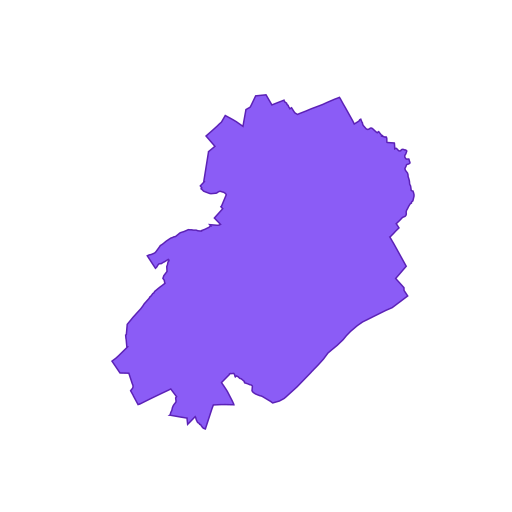 Jaral del Progreso, Guanajuato, Mexico (orthographic projection), rotated 233°
{"feature_id": "50627088B82806712046874", "entity_name": "Jaral del Progreso", "entity_type": "district", "adm_level": 2, "iso_a3": "MEX", "parent_name": "Mexico", "parent_adm1": "Guanajuato", "projection": "orthographic", "projection_center": [-101.046, 20.365], "detail": "fine", "context": "isolated", "style": "filled", "palette": "violet", "viewbox_px": 512, "rotation_deg": 233, "n_neighbors": 0, "source": "geoboundaries", "source_scale": "gbopen_adm2", "svg_char_len": 6071}
<svg xmlns="http://www.w3.org/2000/svg" viewBox="0 0 512 512"><g transform="rotate(233 256 256)"><path d="M379.0,336.1L367.4,323.6L375.1,321.1L378.8,319.6L386.7,316.0L383.7,308.9L383.5,306.0L383.1,303.2L382.4,295.0L381.9,288.3L368.3,289.2L367.9,280.8L367.5,280.5L347.1,259.3L346.5,259.5L345.5,253.7L343.9,253.7L343.1,253.7L342.7,252.6L342.1,252.8L341.5,252.9L340.0,253.1L339.3,253.2L337.6,254.2L334.0,256.5L333.6,256.8L333.1,257.3L332.7,257.8L330.1,262.0L330.0,262.6L329.9,263.1L329.9,264.4L329.8,264.9L329.7,265.4L329.6,265.7L329.1,266.4L328.8,266.7L327.1,267.9L326.4,268.5L325.9,268.7L325.4,268.9L324.7,269.1L324.1,269.2L323.4,269.2L322.8,269.1L317.3,259.7L316.7,258.7L316.5,257.6L313.8,257.9L311.4,245.6L302.6,246.7L302.8,245.6L303.1,244.7L303.8,243.6L308.9,237.9L307.1,238.0L307.4,237.5L307.3,236.2L307.2,235.8L307.2,235.3L307.4,234.8L307.5,234.3L307.8,232.8L307.9,232.1L308.2,230.8L309.1,227.8L308.7,227.5L309.7,226.3L311.1,224.8L312.0,224.2L312.5,223.9L312.8,223.6L313.2,223.1L313.9,222.1L314.5,221.4L315.6,220.4L316.0,219.9L316.6,219.1L317.7,217.9L317.8,217.7L318.2,215.9L318.9,213.1L320.0,210.0L320.2,209.1L320.2,208.5L320.1,207.0L320.0,203.4L320.7,202.0L320.8,201.7L321.0,200.4L321.6,198.7L321.6,198.2L321.7,197.1L321.9,193.2L321.7,188.3L321.9,186.1L321.9,185.7L321.6,185.1L319.7,178.9L319.5,178.0L319.4,177.1L319.5,176.3L320.3,173.1L321.1,171.5L321.2,171.2L321.6,169.3L313.1,168.7L306.7,168.3L306.9,170.0L307.9,172.5L308.1,173.9L306.9,175.8L306.7,178.6L306.5,178.9L306.1,183.9L305.1,184.0L304.5,183.5L304.5,182.7L303.5,181.3L302.5,180.3L301.3,178.4L297.2,175.6L295.8,170.6L294.2,168.2L291.6,168.1L290.5,167.4L289.0,166.9L288.9,161.9L289.0,161.7L288.9,157.9L288.8,156.6L288.7,153.9L288.2,152.6L288.0,152.3L288.1,151.0L287.4,148.7L287.1,147.3L287.2,146.5L286.5,145.2L286.1,143.0L285.1,138.0L284.2,135.6L283.2,132.2L282.2,126.8L282.2,126.7L282.0,125.7L281.6,123.8L281.1,121.1L278.9,112.0L272.1,105.9L271.3,105.2L271.3,104.3L268.2,102.4L267.5,102.1L264.3,100.1L261.4,98.3L260.7,98.8L259.0,85.9L258.7,82.6L258.7,77.7L244.4,77.0L239.9,82.7L239.0,83.8L238.9,83.9L236.0,82.9L229.0,80.5L228.0,80.2L227.7,80.2L226.9,79.9L226.1,79.5L225.7,79.2L225.2,78.7L224.8,78.1L224.6,77.6L223.9,74.8L223.3,74.7L218.9,74.1L218.2,73.9L208.3,72.4L208.0,73.5L207.9,74.0L207.7,74.0L206.7,79.5L205.1,88.0L204.6,90.5L202.7,99.9L201.5,105.6L201.1,107.9L191.4,107.9L191.2,106.8L191.0,106.4L190.5,106.1L188.4,104.9L187.9,104.5L187.5,104.0L186.7,101.0L186.2,99.7L185.2,98.0L183.4,95.9L182.4,93.9L180.8,91.8L180.8,91.3L180.4,91.8L179.9,92.2L172.5,99.1L168.0,103.4L167.2,102.8L162.7,100.1L163.1,103.0L164.3,110.7L163.8,110.6L163.5,110.7L161.8,110.0L161.2,109.8L160.7,109.7L160.3,109.5L159.6,109.5L159.0,109.3L158.0,109.3L157.6,109.4L157.0,109.7L156.3,109.9L155.9,109.9L155.7,109.7L155.4,109.7L154.8,110.1L154.4,110.2L154.2,110.3L153.3,110.1L152.3,110.2L151.9,110.1L151.4,110.1L151.0,110.2L150.0,110.3L149.7,110.6L149.5,110.9L149.2,111.0L148.5,111.2L148.3,111.4L160.6,129.0L162.7,132.3L158.9,137.9L155.8,142.1L150.5,148.8L150.9,149.0L154.4,149.8L164.4,151.5L166.0,151.7L167.2,151.8L172.1,152.1L175.6,152.2L175.7,152.3L177.4,163.7L177.8,163.9L177.6,164.8L176.6,165.9L176.1,166.9L175.6,167.6L174.5,167.5L174.2,167.5L172.2,166.7L171.9,166.7L172.0,168.2L170.5,169.0L168.1,169.4L167.4,169.8L167.2,170.1L166.8,170.3L162.7,171.2L162.3,170.8L162.0,170.7L161.5,170.6L161.3,170.8L158.9,172.5L156.9,173.6L156.1,174.4L154.9,174.9L154.0,174.6L150.8,171.7L149.2,171.6L147.3,172.1L145.5,172.9L145.0,173.3L144.3,173.6L143.8,174.0L142.4,174.8L141.4,175.6L141.2,175.9L139.6,176.7L131.2,180.1L130.4,180.4L130.1,180.4L128.6,180.9L126.1,187.4L125.3,192.6L125.4,194.8L126.8,210.0L129.9,229.7L130.3,231.5L130.3,232.1L130.7,234.2L130.8,235.0L131.6,240.2L133.1,247.9L135.2,255.0L135.5,259.8L135.8,267.1L136.8,275.4L138.0,280.3L138.9,286.2L139.4,293.9L139.4,296.1L139.2,301.5L134.8,325.0L134.4,327.1L132.8,333.7L132.8,353.1L139.4,353.5L141.7,355.1L154.0,354.0L157.4,369.8L182.8,373.4L186.4,373.8L187.7,374.0L190.7,374.3L190.6,375.1L190.8,376.4L191.2,379.3L191.8,382.4L192.4,387.1L196.6,387.4L197.4,387.4L197.9,391.9L198.6,396.0L198.5,396.8L198.0,398.7L198.0,399.1L198.0,399.3L198.1,399.6L198.3,400.3L198.7,400.9L199.0,401.2L199.8,401.8L200.9,402.5L201.6,403.4L202.2,404.3L202.4,405.1L203.6,407.4L204.6,409.8L204.8,410.3L204.8,410.7L204.8,411.3L204.7,411.9L205.1,412.1L205.5,413.0L205.6,413.5L205.6,414.4L205.9,414.8L208.6,418.1L209.6,418.9L210.1,419.2L210.8,419.5L211.7,419.9L213.4,420.4L213.5,420.2L214.8,419.5L215.1,419.5L218.3,421.3L219.2,421.7L220.8,421.9L223.5,423.6L225.1,424.3L228.2,425.4L229.2,426.2L231.0,426.9L232.9,426.9L233.0,426.9L234.6,426.9L236.2,427.5L237.5,430.0L238.1,430.8L238.3,431.5L237.7,433.1L237.5,434.6L238.1,435.3L239.3,435.6L241.3,436.4L241.5,436.4L242.8,434.5L243.6,434.2L245.4,434.3L246.3,435.0L246.8,435.5L247.4,437.1L248.2,438.3L249.1,439.6L250.1,439.5L250.7,439.3L251.0,438.7L252.1,438.1L252.7,437.6L253.2,436.9L253.3,436.5L253.3,435.8L253.0,434.9L253.3,434.1L254.2,433.3L256.8,433.0L257.4,432.9L257.9,432.5L258.1,431.3L259.8,432.4L259.8,432.5L262.9,434.5L263.0,434.5L267.6,429.2L268.1,429.0L268.3,429.1L271.0,431.1L272.2,431.6L272.8,431.6L273.0,431.4L273.1,430.7L273.4,430.6L276.0,428.6L276.2,429.4L277.2,428.9L281.5,428.8L281.6,427.8L281.5,427.0L282.7,426.6L287.8,425.7L288.8,425.1L289.3,424.3L289.4,422.4L289.8,421.4L291.0,420.6L291.6,420.5L295.7,420.2L297.1,420.5L298.2,421.1L299.4,421.2L302.2,422.0L302.4,420.9L301.8,419.3L302.3,413.9L305.9,414.6L307.4,414.8L320.5,416.6L324.7,417.1L328.8,417.7L329.6,417.8L330.0,417.9L330.9,418.0L332.5,418.1L332.8,416.9L333.5,414.5L333.8,413.5L333.9,413.2L335.9,405.0L336.9,400.4L337.7,397.6L340.3,388.8L341.8,382.8L343.7,376.1L344.0,374.4L346.5,373.3L348.1,373.2L353.0,373.6L353.2,371.8L353.4,371.9L354.3,371.8L355.6,371.9L356.9,372.3L357.2,372.3L357.9,372.0L358.5,372.0L358.9,372.2L359.7,372.4L360.3,372.2L361.4,371.8L361.7,371.7L362.1,371.8L362.4,371.9L363.0,371.8L363.6,372.1L365.4,365.8L367.1,359.6L378.7,361.0L384.1,352.1L379.5,343.3L378.6,341.4L378.5,341.1L378.4,340.7L379.0,336.1Z" fill="#8b5cf6" stroke="#5b21b6" stroke-width="1.5"/></g></svg>